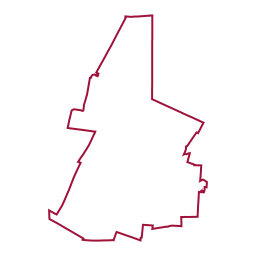 Insuratei, Braila, Romania (orthographic projection)
{"feature_id": "2599482B22032457967395", "entity_name": "Insuratei", "entity_type": "district", "adm_level": 2, "iso_a3": "ROU", "parent_name": "Romania", "parent_adm1": "Braila", "projection": "orthographic", "projection_center": [27.625, 44.95], "detail": "fine", "context": "isolated", "style": "outline", "palette": "rose", "viewbox_px": 256, "rotation_deg": 0, "n_neighbors": 0, "source": "geoboundaries", "source_scale": "gbopen_adm2", "svg_char_len": 5079}
<svg xmlns="http://www.w3.org/2000/svg" viewBox="0 0 256 256"><path d="M161.8,227.4L162.8,227.2L163.7,227.1L163.9,227.0L164.2,227.0L164.4,226.9L164.6,226.9L164.9,226.9L165.3,226.8L165.5,226.8L165.6,226.7L166.1,226.8L166.4,226.8L166.6,226.8L166.8,226.7L167.2,226.7L167.6,226.7L167.8,226.7L168.1,226.6L168.3,226.5L168.5,226.5L168.7,226.4L168.9,226.3L169.0,226.2L169.6,226.0L170.0,226.0L170.6,225.8L171.1,225.8L171.4,225.7L171.7,225.7L172.0,225.7L172.4,225.6L172.9,225.6L173.1,225.6L173.4,225.7L173.7,225.7L174.3,225.8L174.8,225.8L175.0,225.8L175.4,225.8L176.7,225.9L177.2,225.9L177.3,225.9L177.5,225.9L177.9,226.0L178.1,226.0L178.4,226.0L179.5,226.0L180.2,226.1L180.8,226.1L181.4,226.2L181.4,221.9L181.2,217.0L182.2,217.0L183.8,217.1L184.7,216.9L186.1,217.0L191.5,216.9L197.6,216.8L197.7,213.4L197.8,212.7L197.9,210.0L198.0,207.4L198.2,204.3L198.2,204.2L198.4,201.3L198.6,198.3L198.6,197.8L198.7,196.4L198.7,195.7L198.9,192.0L199.7,192.2L200.2,191.9L201.1,191.1L201.0,191.5L201.2,192.1L201.6,192.1L202.1,191.3L202.6,191.2L202.8,191.9L203.2,191.9L203.4,191.0L204.0,190.8L203.9,191.7L203.7,192.4L203.8,192.4L204.1,191.8L204.2,191.5L204.2,191.2L204.3,190.9L204.4,190.6L204.4,190.3L204.5,190.1L204.5,189.9L204.6,189.4L204.6,188.9L204.6,188.7L204.6,188.4L204.6,188.1L204.6,187.8L204.6,187.5L204.6,187.3L204.6,187.0L204.9,187.0L205.3,187.1L205.7,187.1L206.1,187.2L206.6,187.3L206.6,186.2L206.7,184.8L206.8,184.4L206.9,182.0L206.8,181.9L206.0,181.5L205.6,181.1L205.0,180.7L204.5,180.5L204.3,180.3L204.0,180.1L203.4,179.8L203.2,179.6L202.7,179.6L202.1,179.9L201.3,180.4L200.6,180.8L200.1,181.0L200.2,180.7L200.4,177.7L200.6,176.3L200.6,176.1L200.6,175.4L200.7,174.7L200.8,172.8L200.8,172.7L200.9,171.8L201.0,170.6L201.0,169.4L201.0,169.2L201.3,165.5L201.3,165.4L194.4,165.2L194.6,164.7L194.4,164.6L192.7,164.0L191.1,163.5L189.1,162.7L187.4,162.1L188.5,158.1L189.7,153.7L189.8,153.2L188.9,153.3L188.0,153.6L187.9,153.6L187.4,153.8L186.9,154.1L186.5,154.2L186.4,154.2L186.2,154.2L185.8,154.1L185.5,154.0L185.1,154.0L184.8,154.1L184.5,154.2L184.1,154.3L183.9,154.4L185.4,150.9L186.0,148.8L186.0,148.5L185.9,146.5L186.3,146.3L186.7,146.2L187.0,146.2L187.3,146.0L190.7,140.9L191.9,139.2L194.2,135.8L196.1,133.1L196.3,132.7L196.6,132.4L197.3,132.7L197.8,132.9L198.1,133.1L198.4,132.4L199.3,130.8L199.9,129.6L202.5,124.6L203.5,122.7L200.9,121.5L192.0,117.4L184.1,113.9L181.0,112.4L168.3,106.6L165.8,105.5L152.1,99.2L152.1,98.8L152.1,94.2L152.1,89.8L152.2,83.4L152.2,77.6L152.2,71.6L152.2,59.9L152.2,56.9L152.2,50.9L152.2,45.0L152.2,42.2L152.3,38.1L152.3,36.2L152.3,34.1L152.3,32.9L152.3,29.7L152.3,28.1L152.3,19.4L152.3,15.8L152.3,15.4L152.2,15.4L150.7,15.5L149.7,15.6L149.6,15.8L149.4,15.8L149.2,15.7L148.3,15.7L147.1,15.8L145.7,15.9L143.3,16.1L141.7,16.2L140.5,16.3L138.7,16.4L138.4,16.5L137.6,16.5L137.2,16.5L136.0,16.5L133.9,16.6L132.1,16.8L131.0,16.8L130.8,16.8L130.4,16.8L128.0,16.6L126.9,16.5L125.4,16.4L125.4,17.6L125.7,17.8L124.3,20.5L118.7,31.1L115.8,36.6L113.1,41.9L111.8,44.5L111.7,44.5L110.4,47.0L107.5,52.1L104.8,57.2L101.9,62.4L100.5,64.9L99.0,67.7L97.8,69.7L96.3,72.5L98.4,73.6L98.3,73.8L96.5,74.7L98.0,75.4L97.6,76.2L96.9,75.9L95.8,75.5L95.4,75.0L94.5,74.6L94.0,74.6L93.5,74.7L93.4,74.7L92.6,75.0L92.4,75.2L92.2,75.4L91.9,75.5L91.6,76.0L91.1,77.1L91.1,77.5L90.8,77.9L90.2,78.0L89.9,78.0L88.6,85.6L87.5,91.9L87.0,94.8L86.9,94.9L86.8,95.3L86.7,95.7L86.6,96.0L86.1,97.7L86.0,97.9L85.3,100.6L84.6,102.8L84.0,104.7L84.0,105.0L83.9,105.2L83.9,106.2L83.6,108.4L83.6,108.6L83.4,110.5L82.5,110.7L82.2,110.9L81.8,110.8L81.0,110.3L79.7,110.1L79.4,110.0L77.9,109.9L77.1,109.7L75.8,109.5L74.9,109.4L74.4,109.3L74.2,109.3L73.9,109.3L73.3,109.6L72.6,109.9L72.3,110.0L72.0,110.3L71.9,110.4L71.7,110.5L71.6,110.8L71.1,112.6L71.1,112.8L70.6,114.6L70.1,117.1L69.8,118.1L69.8,118.3L69.2,120.4L68.9,122.1L68.2,125.6L68.1,125.8L67.7,127.6L67.7,127.8L67.7,128.0L77.7,129.3L77.9,129.3L83.9,130.1L84.0,130.1L85.9,130.4L90.6,131.0L91.1,131.1L94.1,131.5L94.3,131.5L95.3,131.6L95.2,132.0L93.8,134.8L92.8,137.0L92.7,137.1L92.5,137.5L92.4,137.8L91.7,139.3L91.4,140.0L89.9,143.1L89.1,144.8L88.6,145.7L87.3,147.7L86.8,148.7L86.2,149.6L85.7,150.4L84.5,152.2L83.4,154.1L82.8,155.0L82.1,155.9L81.3,157.0L80.5,158.2L79.7,159.3L79.4,159.9L78.4,161.5L78.1,161.9L78.4,162.0L80.6,162.8L79.4,165.3L79.3,165.5L76.5,171.4L76.4,171.6L73.7,177.6L69.1,189.5L66.9,194.6L64.6,200.0L63.5,202.5L62.2,205.3L60.7,207.9L56.6,214.5L54.7,213.5L50.2,211.0L49.1,210.4L49.2,212.4L49.4,218.4L49.5,219.1L51.4,220.1L55.1,222.1L56.1,222.6L60.3,225.0L63.3,226.8L74.0,233.0L76.2,234.3L79.8,236.4L83.4,238.5L82.6,239.8L82.8,239.9L86.3,240.2L92.2,240.6L93.0,240.6L94.1,240.6L95.7,240.6L96.2,240.6L96.9,240.6L98.8,240.6L99.1,240.6L104.3,240.4L105.2,240.4L109.5,240.3L113.4,240.1L113.7,240.2L113.8,239.4L114.5,237.6L115.4,235.0L115.9,233.6L116.6,232.0L128.4,236.1L132.3,237.4L134.9,238.4L140.5,240.4L140.6,238.1L140.7,237.8L140.8,237.7L141.7,237.6L142.3,231.7L142.6,228.6L143.0,224.8L146.1,225.0L152.8,225.5L152.3,228.9L154.3,228.6L156.0,228.3L156.8,228.2L158.4,227.9L159.9,227.7L161.8,227.4Z" fill="none" stroke="#9f1239" stroke-width="2"/></svg>